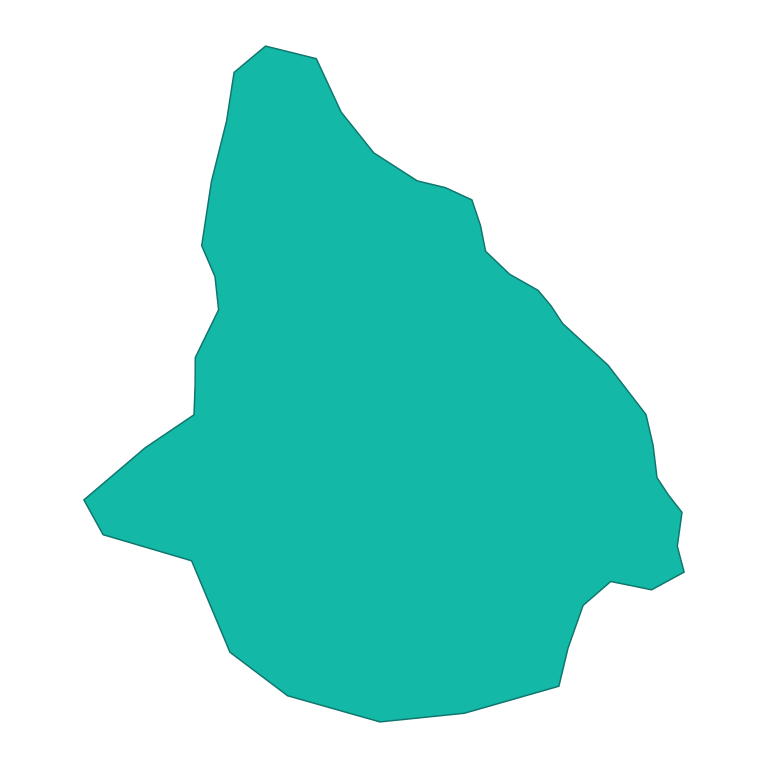 SVG path tracing the border of Soroti
{"feature_id": "UGA-3074", "entity_name": "Soroti", "entity_type": "District", "adm_level": 1, "iso_a3": "UGA", "parent_name": "Uganda", "parent_adm1": "", "projection": "robinson", "projection_center": [33.599, 1.795], "detail": "fine", "context": "isolated", "style": "filled", "palette": "teal", "viewbox_px": 768, "rotation_deg": 0, "n_neighbors": 0, "source": "natural_earth", "source_scale": "10m", "svg_char_len": 655}
<svg xmlns="http://www.w3.org/2000/svg" viewBox="0 0 768 768"><path d="M83.9,499.9L145.4,447.6L194.0,414.8L195.1,385.5L195.3,357.5L218.6,309.8L215.0,276.6L201.7,245.7L211.4,181.7L226.6,120.9L234.1,72.4L265.5,46.1L316.3,58.7L341.2,112.2L373.8,152.9L417.3,180.9L445.5,187.7L471.9,199.9L480.5,225.6L485.6,251.3L509.7,274.3L538.1,290.4L551.0,305.8L562.6,323.5L608.0,365.2L646.0,414.6L653.1,445.3L657.0,477.6L668.2,494.7L682.0,512.4L677.3,546.2L684.1,572.1L651.6,589.8L610.7,581.5L583.1,605.4L568.0,648.2L558.9,686.2L464.5,713.2L379.9,721.9L287.7,695.8L230.0,652.3L191.6,560.8L103.1,534.7L83.9,499.9Z" fill="#14b8a6" stroke="#0f766e" stroke-width="1.5"/></svg>